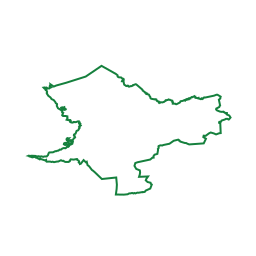 Ezernieku pag., Dagdas, Latvia (Equal Earth projection), rotated 350°
{"feature_id": "27541924B52024011130433", "entity_name": "Ezernieku pag.", "entity_type": "district", "adm_level": 2, "iso_a3": "LVA", "parent_name": "Latvia", "parent_adm1": "Dagdas", "projection": "equal_earth", "projection_center": [27.647, 56.178], "detail": "fine", "context": "isolated", "style": "outline", "palette": "green", "viewbox_px": 256, "rotation_deg": 350, "n_neighbors": 0, "source": "geoboundaries", "source_scale": "gbopen_adm2", "svg_char_len": 5795}
<svg xmlns="http://www.w3.org/2000/svg" viewBox="0 0 256 256"><g transform="rotate(350 128 128)"><path d="M221.9,110.8L220.9,110.6L218.3,111.1L209.4,111.4L208.3,111.1L207.4,111.5L207.5,111.7L206.8,112.2L206.2,112.4L205.9,112.1L205.3,112.2L205.2,111.8L204.6,112.2L204.1,112.0L203.1,111.2L202.6,111.2L202.6,110.7L202.1,110.9L201.4,110.5L199.6,110.0L199.5,109.1L199.6,108.9L198.8,108.7L198.8,108.3L198.2,108.5L197.9,108.4L196.8,108.9L196.0,108.6L195.3,109.1L193.5,109.4L193.6,109.5L193.2,109.6L193.5,109.9L192.7,110.0L192.7,110.3L191.9,110.3L192.0,109.9L191.6,110.1L191.0,109.7L190.6,109.8L190.6,110.1L190.3,110.0L190.2,110.3L189.9,110.2L189.7,110.3L189.8,110.4L189.5,110.6L189.0,110.4L188.8,110.9L188.0,110.4L186.7,110.8L184.4,110.8L183.5,111.9L179.9,113.0L179.2,112.8L178.8,112.3L176.3,111.8L176.4,111.3L176.7,110.8L176.7,110.3L176.2,110.1L176.4,109.2L176.1,109.0L176.2,108.7L174.4,107.8L174.2,107.5L173.5,107.3L172.8,106.9L172.1,107.3L170.0,107.2L169.8,107.8L168.9,108.0L168.2,108.5L167.6,108.5L166.6,108.8L164.2,108.2L163.8,108.7L163.3,108.5L163.0,108.7L162.8,108.4L162.8,107.8L163.1,107.6L163.0,107.3L161.7,106.8L161.6,106.4L161.1,106.2L160.9,105.0L160.6,105.1L159.7,104.3L159.3,104.5L158.8,104.3L155.9,103.2L155.3,102.4L155.3,101.1L154.8,100.4L154.6,99.3L154.2,98.6L152.2,97.8L152.5,97.3L151.8,97.1L151.7,96.4L150.9,96.1L150.9,95.7L148.9,93.6L148.9,92.8L143.7,86.5L142.9,86.2L141.8,86.5L140.4,86.6L140.2,87.0L138.7,87.4L137.7,87.2L136.7,87.5L135.8,87.3L135.5,86.4L134.9,86.2L134.1,86.5L133.2,86.1L133.1,85.8L131.9,84.8L131.7,83.9L131.7,81.3L130.2,80.9L130.5,80.4L131.0,80.3L131.3,79.9L132.1,79.7L131.9,79.3L132.1,78.9L131.8,78.6L131.0,78.4L130.1,77.1L127.6,76.4L127.0,75.9L126.7,75.4L126.9,74.3L125.5,72.7L112.7,62.2L95.3,70.0L75.0,72.7L64.7,73.7L62.1,74.3L59.4,71.7L59.5,72.5L59.1,72.8L58.5,72.6L58.1,73.4L58.2,73.8L58.8,73.7L58.9,74.2L59.3,74.6L58.1,74.9L57.2,75.4L56.6,75.1L55.0,75.2L54.8,74.9L55.0,74.2L54.8,74.0L53.6,74.0L53.0,73.6L51.9,73.6L52.4,74.4L53.4,75.5L53.5,76.4L54.3,77.0L54.6,78.4L54.0,79.4L54.3,79.8L54.3,80.8L54.7,81.3L55.0,82.3L57.0,84.5L57.7,86.2L59.7,87.6L61.0,90.0L61.2,91.1L62.2,91.9L62.2,92.7L61.7,93.8L62.5,96.4L65.2,98.7L65.3,97.9L65.8,97.4L65.7,96.4L66.8,96.2L67.9,96.6L68.9,96.4L68.9,96.8L68.0,97.6L69.4,98.1L70.0,98.7L69.7,99.0L68.5,99.1L68.1,98.7L66.9,98.4L66.0,98.6L65.5,99.0L65.6,99.4L66.3,100.1L65.9,101.2L66.6,101.8L66.3,102.0L66.3,102.8L65.6,103.6L65.4,104.1L66.1,104.9L68.8,105.4L70.3,106.0L70.0,107.2L70.2,107.5L70.2,107.8L69.0,109.2L70.1,109.7L72.6,110.2L72.8,110.8L72.5,110.9L72.5,111.3L72.2,111.5L72.5,111.8L72.3,112.2L73.3,112.8L74.6,113.1L75.4,112.6L76.3,112.8L76.8,113.1L78.3,113.1L79.3,112.8L80.7,112.9L80.7,113.7L81.4,114.0L81.4,114.3L79.9,114.3L81.1,114.9L81.0,115.3L81.4,115.5L81.0,115.8L81.4,116.4L81.1,116.4L81.0,116.7L81.5,116.7L81.6,116.8L81.9,117.3L80.1,118.3L80.4,119.0L80.0,119.4L80.2,119.7L79.3,120.5L79.3,120.8L78.5,121.6L76.9,121.9L75.4,124.4L73.7,125.1L73.4,125.7L73.5,126.1L74.0,126.6L74.8,126.8L74.0,126.9L73.9,127.1L74.3,127.6L75.1,127.5L74.3,127.8L73.7,128.5L72.7,128.8L71.9,130.1L70.9,130.3L70.7,130.8L70.4,130.9L70.5,130.5L69.7,130.0L68.9,130.1L67.3,129.6L66.6,128.4L67.2,128.5L68.0,127.9L66.9,127.8L66.7,127.5L66.3,127.6L66.3,127.9L65.5,128.6L65.6,129.3L65.9,129.3L66.7,130.0L67.6,130.3L69.1,130.6L69.7,131.8L70.7,131.6L71.3,132.0L70.4,133.9L69.7,134.1L69.9,133.6L69.7,133.5L68.7,133.6L67.9,133.0L66.9,133.1L66.6,132.3L66.9,131.7L66.7,131.5L66.0,131.5L65.1,132.1L63.5,131.7L62.3,132.1L62.0,132.9L63.1,133.8L64.8,133.9L65.3,134.2L65.6,134.6L66.2,134.3L66.3,134.8L67.1,135.0L66.8,135.6L65.9,136.2L64.5,136.0L64.1,136.2L63.8,136.7L62.7,137.1L61.5,136.6L59.8,136.8L58.2,137.7L56.9,137.4L55.6,138.2L54.5,138.1L53.3,138.4L52.4,138.2L49.9,138.9L46.2,138.4L45.4,139.1L44.6,140.7L43.0,141.9L40.6,141.5L39.6,141.7L37.5,140.8L36.5,141.2L36.0,140.7L34.7,140.2L33.8,140.3L32.8,140.0L32.3,139.5L28.4,138.6L26.3,138.5L25.6,138.0L25.2,138.1L25.9,138.4L25.7,138.6L25.8,138.8L27.5,139.6L28.6,140.3L31.4,140.2L32.1,141.2L33.3,141.6L33.6,142.1L34.5,142.6L35.6,143.6L36.3,143.5L36.4,143.2L40.7,145.5L41.8,145.2L41.7,146.6L42.0,147.0L45.6,147.6L46.8,148.2L48.0,148.1L49.2,148.8L52.1,148.7L53.5,148.9L56.4,148.1L57.6,149.0L58.8,149.1L59.5,150.0L60.6,150.6L63.6,151.1L64.7,150.7L64.7,150.4L65.2,150.2L65.7,149.2L66.1,148.9L69.0,149.7L72.3,149.7L72.5,149.8L72.4,150.5L73.8,151.7L74.1,152.5L73.5,153.4L74.6,154.7L74.5,155.1L75.3,155.0L78.7,151.9L80.6,154.5L81.5,154.1L81.7,157.5L83.1,159.0L85.2,163.1L85.9,163.7L87.4,165.5L93.4,173.7L107.8,174.7L107.2,181.9L106.2,186.1L104.5,191.4L112.3,192.9L116.2,193.2L117.8,192.6L118.9,192.8L120.8,192.7L122.0,193.4L122.9,193.1L123.9,193.7L125.9,193.3L127.3,193.6L131.2,193.6L131.3,193.8L133.4,193.8L134.6,192.7L139.4,191.5L141.6,187.8L140.8,187.0L140.7,185.8L137.9,184.6L136.4,182.6L137.2,181.3L139.3,179.2L130.4,178.0L131.5,175.9L132.2,173.9L132.3,171.8L129.0,169.7L127.8,166.4L129.1,163.8L131.3,163.4L144.5,162.9L146.8,161.5L148.1,161.6L148.2,160.2L149.5,158.9L152.4,158.6L153.8,154.8L153.8,153.8L154.6,153.2L154.8,152.7L154.8,151.5L155.0,151.1L156.8,150.7L158.9,151.2L159.6,150.9L166.1,150.7L170.8,148.5L175.5,148.2L176.3,149.0L176.2,149.4L177.2,150.2L177.2,150.5L181.3,152.6L182.8,153.0L183.6,153.7L185.4,154.8L199.9,156.3L202.9,152.1L200.6,150.0L201.2,148.7L203.1,149.2L206.9,147.3L208.7,146.8L211.7,148.3L213.6,149.6L217.0,149.0L218.4,149.1L219.7,139.3L218.7,138.9L218.7,138.2L219.0,137.8L220.7,137.9L221.5,136.9L224.7,136.5L226.0,136.0L227.7,136.3L228.4,137.1L228.9,137.1L230.8,135.5L229.9,133.3L227.6,131.8L227.4,131.4L227.9,131.2L228.0,130.4L226.2,130.0L225.5,129.1L225.0,129.0L224.8,128.5L223.1,128.4L221.4,127.8L218.7,126.1L218.0,125.1L218.3,124.2L221.5,123.2L222.3,121.9L222.6,121.8L222.4,115.9L224.0,115.0L224.1,114.4L224.7,113.2L221.9,110.8Z" fill="none" stroke="#15803d" stroke-width="2"/></g></svg>